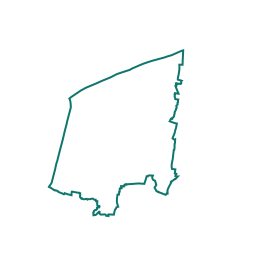 the district of Tra Cu, Trà Vinh, Vietnam, rotated 115°
{"feature_id": "81297802B8258305147124", "entity_name": "Tra Cu", "entity_type": "district", "adm_level": 2, "iso_a3": "VNM", "parent_name": "Vietnam", "parent_adm1": "Trà Vinh", "projection": "albers", "projection_center": [106.32, 9.701], "detail": "fine", "context": "isolated", "style": "outline", "palette": "teal", "viewbox_px": 256, "rotation_deg": 115, "n_neighbors": 0, "source": "geoboundaries", "source_scale": "gbopen_adm2", "svg_char_len": 5489}
<svg xmlns="http://www.w3.org/2000/svg" viewBox="0 0 256 256"><g transform="rotate(115 128 128)"><path d="M172.6,65.6L172.2,65.6L171.7,65.5L171.5,65.2L170.9,64.8L170.7,64.4L170.3,64.6L170.5,65.1L170.0,65.2L169.3,65.2L169.0,65.2L168.2,65.8L167.8,65.9L165.1,66.1L158.8,65.8L158.9,66.3L158.7,66.4L158.2,66.2L157.5,65.7L156.8,65.2L155.4,64.4L155.0,64.2L154.5,64.1L154.4,64.0L154.3,63.5L150.9,62.4L151.1,62.8L151.5,64.3L151.5,64.8L149.8,64.9L149.1,64.7L149.0,64.9L149.1,65.2L149.4,66.1L149.4,66.4L145.5,67.6L146.5,70.8L145.7,71.4L145.2,71.8L144.4,72.2L142.8,72.9L140.8,73.5L140.1,73.6L139.7,73.8L137.0,74.4L128.7,77.2L128.5,76.9L128.4,76.9L127.9,76.9L126.2,77.5L124.7,78.2L122.8,79.0L122.7,78.9L121.5,79.2L119.0,80.2L118.6,80.3L118.4,80.4L118.7,80.6L119.0,80.8L119.0,81.0L119.0,81.6L118.8,82.0L118.7,82.9L118.5,83.3L112.8,83.6L110.3,84.2L107.7,84.5L103.3,85.6L103.8,87.8L104.2,91.6L104.1,92.3L104.3,92.8L104.3,93.0L104.0,92.9L102.7,93.0L102.4,93.1L101.6,93.0L101.1,92.8L101.1,92.6L101.2,91.9L101.0,91.7L100.7,91.7L100.2,92.0L99.8,92.0L99.3,91.6L98.8,91.4L98.4,91.3L98.0,91.3L97.2,91.5L96.6,91.7L96.4,91.8L96.1,91.8L95.7,91.7L95.1,91.8L94.4,92.2L94.0,92.5L93.9,92.5L93.0,92.3L92.2,92.4L91.3,92.3L90.7,92.3L90.2,92.6L89.3,92.4L89.1,92.4L88.6,92.9L88.0,93.1L87.7,93.3L87.5,93.6L87.4,93.6L86.1,93.1L85.7,93.0L85.3,93.1L85.1,93.2L84.6,93.7L84.4,93.8L84.1,93.8L83.4,93.6L81.9,94.4L81.5,94.5L81.0,94.5L81.2,95.3L81.8,96.8L81.8,97.3L81.7,97.6L80.9,97.9L80.7,98.0L80.4,98.3L80.2,98.6L79.7,99.1L79.3,99.2L78.9,99.3L78.6,99.5L78.3,99.5L78.1,99.5L77.9,99.9L77.6,100.1L76.6,100.2L75.6,96.7L74.8,97.4L74.7,97.7L73.7,98.7L70.5,102.2L69.9,102.7L69.7,102.4L69.6,101.9L69.4,101.9L69.3,102.2L67.9,102.8L68.0,103.1L67.7,103.3L67.3,103.5L66.9,103.0L66.9,102.8L67.2,102.5L67.2,102.3L67.2,102.2L66.8,101.9L66.8,101.6L67.0,101.4L67.0,101.2L66.7,101.0L66.4,100.8L66.3,100.7L66.2,100.5L66.0,99.2L65.9,99.1L65.5,98.7L65.0,98.6L64.7,98.7L64.0,99.3L63.6,99.4L63.0,99.5L62.5,99.3L62.6,100.4L62.8,101.4L63.1,103.3L62.3,103.7L60.1,104.3L58.2,104.7L54.1,105.9L52.9,106.3L48.9,108.2L47.6,105.3L44.3,106.7L40.4,108.3L34.3,110.8L34.6,111.2L36.9,113.4L42.3,118.1L44.1,119.8L46.8,122.9L48.6,124.7L56.7,134.3L60.4,138.3L63.4,141.4L66.9,144.6L72.6,149.6L74.5,150.9L75.6,152.1L80.8,157.7L84.1,161.1L88.6,164.5L90.1,165.8L96.7,171.9L100.7,175.3L106.4,180.5L109.5,183.3L110.3,183.9L111.6,184.8L113.4,186.2L115.0,187.2L124.0,192.6L126.1,193.6L126.6,192.9L127.5,192.1L128.7,191.2L130.3,190.2L132.9,188.8L134.1,188.4L146.9,186.1L149.2,185.6L150.9,185.2L156.6,184.2L165.2,182.4L178.5,180.0L184.2,178.9L187.8,178.2L189.9,178.0L193.9,177.2L195.6,176.7L202.2,175.5L209.8,174.1L210.5,174.1L211.6,174.2L214.3,174.8L214.8,174.8L214.8,174.2L214.9,173.7L214.8,172.4L215.0,171.9L215.1,170.9L215.5,168.7L215.5,168.4L215.2,168.1L215.2,167.9L215.3,167.4L215.3,167.2L215.0,166.8L214.9,166.4L215.0,166.2L214.9,165.1L214.9,164.6L215.0,164.5L215.3,164.2L215.4,163.9L215.3,162.9L215.2,161.8L215.1,160.9L215.2,158.1L215.0,157.9L214.5,157.7L213.9,157.8L213.9,157.7L213.7,156.3L213.4,153.9L212.8,150.8L210.9,151.6L209.9,151.9L209.5,152.0L209.3,151.9L208.3,147.7L207.3,144.7L207.8,144.4L207.6,143.9L207.5,143.7L208.7,143.1L210.5,142.5L210.8,142.0L211.1,141.9L211.3,141.6L211.2,141.0L211.1,140.6L211.5,140.5L211.7,140.4L211.8,140.3L211.3,138.3L211.3,138.1L211.0,137.4L209.7,135.6L209.6,135.4L210.0,134.6L209.8,134.5L209.3,133.9L209.1,133.6L208.8,132.8L208.6,132.5L207.2,130.6L207.0,130.4L206.9,130.2L206.9,129.6L207.2,128.2L207.2,127.8L207.0,127.3L206.7,127.0L206.8,126.9L207.1,126.6L207.9,126.0L207.5,125.3L207.3,124.9L208.2,124.5L209.5,124.1L210.4,123.5L210.9,123.0L211.2,123.0L211.4,122.9L211.6,122.6L211.5,122.4L211.1,121.5L210.8,121.0L211.6,120.5L211.8,120.5L212.2,120.6L212.3,120.7L212.4,121.5L212.5,121.7L213.4,122.4L213.7,122.4L213.9,122.3L214.1,122.2L214.4,121.8L214.5,121.8L214.9,121.8L215.4,122.1L216.1,122.7L216.1,122.9L216.3,123.2L217.3,123.7L217.7,123.8L218.3,123.6L218.5,123.4L219.1,123.5L219.3,123.7L220.2,123.3L220.5,123.0L221.3,122.7L221.7,122.4L221.0,121.5L220.6,120.7L220.2,120.4L218.4,119.7L216.1,118.9L215.9,118.6L216.0,118.3L216.4,118.0L216.8,118.0L217.1,118.0L217.6,117.8L217.7,117.5L217.9,116.9L218.0,116.5L218.0,116.2L217.6,115.3L216.0,112.3L216.0,111.9L216.2,111.2L216.8,110.6L216.5,110.0L216.1,108.6L215.0,109.3L214.7,109.3L214.5,108.9L213.5,106.6L212.5,104.2L208.2,105.2L207.5,105.2L207.1,105.2L206.5,105.0L206.1,104.8L205.8,104.8L204.8,105.0L204.0,104.2L203.5,103.6L201.9,105.1L200.7,106.1L199.9,106.7L198.9,107.2L196.4,108.3L196.2,108.3L195.8,108.4L192.8,109.4L192.7,109.4L192.1,108.1L191.7,108.3L191.0,108.5L190.6,108.6L190.0,109.0L189.7,109.1L189.2,108.6L186.8,109.8L186.4,109.6L186.0,109.1L185.5,109.4L185.2,108.8L185.1,108.4L184.0,109.0L184.1,109.5L183.5,109.7L182.8,107.2L182.2,107.5L181.8,106.8L180.8,107.1L180.2,105.7L179.6,105.9L179.5,105.4L179.4,105.2L179.5,105.0L179.2,104.5L178.6,103.6L178.0,102.6L177.7,102.0L177.7,101.9L177.5,101.5L175.4,97.9L173.3,94.0L173.2,93.6L173.2,93.4L173.1,93.2L171.7,89.6L166.9,90.2L163.9,90.7L163.7,90.6L163.4,89.7L163.2,89.8L162.6,89.5L162.2,88.9L161.8,88.4L161.2,86.7L160.7,85.7L160.6,85.3L161.7,85.3L162.3,85.3L162.8,85.0L163.2,84.7L163.9,84.0L164.3,83.4L164.4,82.8L164.4,82.3L164.3,81.4L164.5,80.9L165.1,80.7L165.8,79.8L166.6,79.2L166.9,79.2L167.3,78.8L167.6,78.3L168.3,78.3L169.9,78.7L170.3,78.8L170.8,78.7L171.1,78.4L171.7,77.5L173.2,75.5L172.9,73.3L173.0,73.2L173.1,73.3L173.3,73.3L173.2,72.4L172.9,70.2L172.9,68.9L172.6,65.6Z" fill="none" stroke="#0f766e" stroke-width="2"/></g></svg>